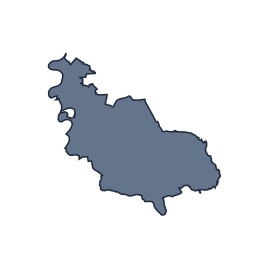 the district of Miresu Mare, Maramures, Romania, rotated 336°
{"feature_id": "2599482B2877681477100", "entity_name": "Miresu Mare", "entity_type": "district", "adm_level": 2, "iso_a3": "ROU", "parent_name": "Romania", "parent_adm1": "Maramures", "projection": "natural_earth1", "projection_center": [23.369, 47.496], "detail": "fine", "context": "isolated", "style": "filled", "palette": "slate", "viewbox_px": 256, "rotation_deg": 336, "n_neighbors": 0, "source": "geoboundaries", "source_scale": "gbopen_adm2", "svg_char_len": 5760}
<svg xmlns="http://www.w3.org/2000/svg" viewBox="0 0 256 256"><g transform="rotate(336 128 128)"><path d="M192.9,198.1L192.7,197.5L192.7,196.9L191.3,194.4L190.9,193.2L191.1,192.9L190.6,191.9L190.7,191.4L191.5,190.5L191.6,189.5L191.9,188.6L192.0,187.3L191.9,187.0L191.0,186.4L190.6,186.5L189.5,184.5L189.8,183.8L189.6,181.4L189.8,180.5L189.5,180.0L190.9,177.9L191.5,177.2L192.4,176.7L192.9,175.6L193.1,174.7L193.9,173.4L192.9,173.0L193.9,171.8L192.4,171.4L191.7,172.0L190.6,172.0L190.4,169.9L190.6,168.3L189.2,168.8L189.1,168.7L187.7,166.6L188.8,165.9L187.1,163.8L186.6,162.9L186.6,162.0L185.1,160.7L184.1,158.9L183.0,157.9L178.0,154.6L175.5,153.5L171.2,151.3L170.2,150.9L170.7,150.3L170.5,150.0L169.7,149.4L168.9,149.9L168.2,150.1L168.1,149.6L166.6,149.3L164.9,148.5L163.4,147.6L162.2,146.5L160.3,146.2L160.0,146.0L159.3,145.9L158.1,145.0L157.9,141.3L157.7,140.5L157.2,139.7L157.1,138.9L157.7,138.0L157.7,134.1L156.2,134.1L156.1,133.5L155.8,126.6L154.5,111.6L154.6,110.4L155.1,108.6L148.4,106.6L145.8,105.3L144.5,105.0L144.2,104.5L144.3,104.3L143.7,103.8L143.5,103.5L143.3,101.7L143.0,101.5L143.2,101.2L143.2,100.9L142.9,100.6L142.7,100.0L142.0,99.2L138.1,99.4L136.3,98.9L131.4,98.1L129.6,98.2L128.9,98.3L127.8,98.9L123.4,102.3L122.6,102.5L122.3,102.4L122.0,101.7L120.7,99.8L118.5,98.6L117.8,97.3L117.0,96.7L120.4,92.3L122.5,88.9L114.6,85.9L114.2,85.0L113.5,84.8L113.4,84.3L112.7,83.9L113.1,83.6L113.3,83.1L113.2,82.9L112.7,82.9L113.0,82.4L113.0,82.0L112.8,81.7L113.2,80.7L113.8,80.0L114.4,80.3L115.5,80.0L115.5,79.5L113.3,74.2L113.8,73.5L112.2,72.7L111.8,73.4L110.3,72.7L109.5,74.0L108.6,74.5L107.5,72.6L105.7,71.4L104.0,70.7L104.9,69.0L103.1,68.3L104.4,67.6L105.2,67.5L105.9,66.6L106.4,65.5L105.9,64.0L105.3,63.1L104.5,62.5L104.5,62.3L109.8,64.4L112.2,61.8L120.1,64.8L120.5,64.5L120.6,63.8L119.4,62.8L119.9,62.4L119.9,62.2L118.1,61.2L118.0,60.8L117.5,60.2L117.5,59.6L117.1,59.3L117.4,58.9L116.9,58.7L117.4,58.4L117.8,57.8L118.0,56.4L118.2,55.9L118.1,55.5L116.5,54.0L116.4,53.6L116.4,53.4L113.2,51.2L113.4,50.7L113.8,50.5L113.1,50.0L113.4,49.4L112.1,49.1L111.9,47.2L111.1,46.6L109.2,43.2L107.7,43.7L107.2,44.1L101.2,46.7L100.8,45.1L101.2,44.2L100.8,43.3L99.5,41.7L99.1,40.8L98.4,37.9L100.8,36.3L100.8,36.1L101.3,35.4L101.6,34.1L101.2,35.0L100.0,36.0L98.8,36.9L96.4,37.8L93.3,38.2L91.7,38.0L86.2,36.2L84.1,36.6L82.6,37.1L81.6,37.8L81.0,38.4L80.4,39.3L80.2,40.2L80.4,41.2L81.1,42.7L83.0,44.2L86.7,46.2L87.5,46.7L89.4,49.1L90.2,51.6L90.1,52.5L89.7,53.9L88.3,56.0L87.3,57.1L85.8,59.3L84.5,60.2L83.5,60.6L81.7,60.9L80.1,60.9L77.3,60.5L74.4,60.4L73.8,60.5L71.7,61.5L70.9,62.1L70.1,62.9L69.2,65.0L68.9,66.5L68.9,67.2L69.2,68.0L69.6,67.9L70.0,69.4L75.9,69.6L75.6,70.5L75.6,70.9L75.3,71.3L75.2,71.8L75.7,72.1L74.7,72.6L73.5,72.8L74.5,73.3L76.2,73.4L76.8,73.6L76.4,74.7L76.4,76.9L76.6,78.8L76.5,80.3L76.2,81.5L74.6,84.1L73.4,85.4L74.8,85.5L76.1,85.3L81.2,85.5L84.1,86.7L86.6,89.1L85.9,92.7L85.6,92.6L84.3,94.4L83.6,94.9L84.5,95.0L83.1,96.6L80.0,96.3L80.1,95.7L78.1,94.1L76.8,92.5L78.2,91.5L78.6,90.8L78.5,89.5L77.4,87.9L75.6,87.2L75.4,87.2L74.7,87.6L73.0,86.8L72.4,86.7L71.2,87.0L69.4,88.7L67.6,92.1L68.0,93.9L68.4,94.5L70.2,95.4L72.9,95.0L74.1,95.0L75.5,95.4L76.5,95.9L77.3,96.4L78.6,98.3L79.0,99.7L79.0,100.6L78.2,102.5L77.0,103.8L75.5,105.0L73.6,106.3L68.9,108.4L69.7,109.5L70.4,111.1L70.5,113.1L69.4,115.4L67.1,117.8L62.1,120.9L63.3,122.1L62.4,123.3L62.1,123.9L62.2,125.0L62.8,127.4L64.0,129.3L65.1,129.9L69.3,131.2L70.7,132.1L71.3,133.0L71.6,133.7L72.0,133.8L70.7,136.7L74.2,136.1L76.8,136.8L79.3,138.0L78.1,142.4L81.2,143.2L80.3,147.1L80.2,148.4L79.7,149.1L79.5,150.1L79.9,150.8L80.4,152.4L80.8,153.2L81.7,154.1L85.4,160.4L85.5,160.8L83.7,160.9L83.6,162.7L83.7,162.8L82.9,163.3L82.6,163.8L82.2,164.1L82.2,164.4L80.6,165.3L79.9,167.1L78.8,168.5L78.7,169.1L79.1,170.5L79.1,171.2L78.9,171.5L78.4,171.9L78.1,172.5L78.1,172.9L78.6,173.5L78.8,173.7L79.0,174.0L79.0,174.5L79.3,174.8L80.3,175.1L80.9,175.8L82.3,175.8L83.5,176.2L84.2,176.1L85.1,176.3L85.4,177.0L86.1,177.5L86.5,177.6L87.0,178.2L87.5,178.4L87.9,178.9L89.4,179.7L90.8,181.4L91.3,181.5L92.1,182.2L92.7,182.3L93.0,182.7L93.3,183.5L95.0,185.7L95.6,185.9L96.3,186.5L97.2,186.7L98.0,187.4L98.6,187.6L100.3,189.2L100.7,189.9L101.1,190.3L104.4,191.7L106.0,191.7L106.9,191.9L108.6,192.1L110.7,193.5L111.4,194.1L113.1,194.9L113.2,195.4L112.7,196.1L112.5,196.9L112.3,198.8L112.4,199.1L113.4,200.1L113.5,200.8L113.4,201.7L114.1,202.5L115.6,202.9L117.9,203.9L119.7,204.9L120.2,205.4L120.7,208.2L120.4,209.5L120.0,210.0L120.0,210.5L120.3,211.3L120.3,212.8L121.1,214.7L121.2,216.1L121.8,217.0L122.0,217.8L122.8,219.3L123.2,221.0L124.0,221.2L124.6,221.6L125.5,221.9L126.6,221.9L128.5,220.2L129.4,218.8L129.4,217.1L129.8,214.7L129.9,212.9L130.5,211.0L131.1,209.6L131.1,208.5L131.5,207.2L131.1,206.4L131.1,206.0L135.7,206.0L138.7,206.9L139.3,207.5L139.6,208.0L140.9,208.9L142.7,208.6L145.9,209.1L146.8,209.0L147.9,209.3L150.5,208.9L150.8,208.3L150.9,207.6L150.8,206.5L150.5,205.9L150.0,204.2L150.2,203.5L151.8,204.5L152.3,204.6L154.7,203.9L155.8,203.3L157.3,204.1L159.8,205.0L159.8,206.1L160.8,206.9L160.4,207.8L160.7,208.8L160.8,209.7L161.3,210.5L162.4,211.3L163.1,212.2L164.0,212.8L165.5,213.2L166.8,213.1L167.5,214.9L167.5,215.5L167.2,215.9L167.6,216.8L168.0,216.7L168.0,214.9L167.8,214.2L168.0,213.6L170.8,214.5L172.8,215.9L175.6,216.8L177.0,216.7L177.2,216.9L177.7,216.6L177.5,216.3L177.8,216.2L178.2,216.5L178.6,217.2L179.8,217.2L180.1,217.0L180.5,217.0L182.1,216.0L182.6,216.7L183.1,218.0L183.3,217.5L187.3,215.5L186.9,214.4L187.9,214.0L187.5,213.9L187.2,213.6L187.9,213.1L188.3,212.4L190.2,211.4L191.4,210.3L192.2,210.1L193.0,208.8L193.2,208.0L192.8,206.7L193.5,205.8L193.9,205.0L193.9,204.5L193.8,203.2L193.5,202.6L192.9,203.0L192.0,201.3L192.9,198.1Z" fill="#64748b" stroke="#1e293b" stroke-width="1.5"/></g></svg>